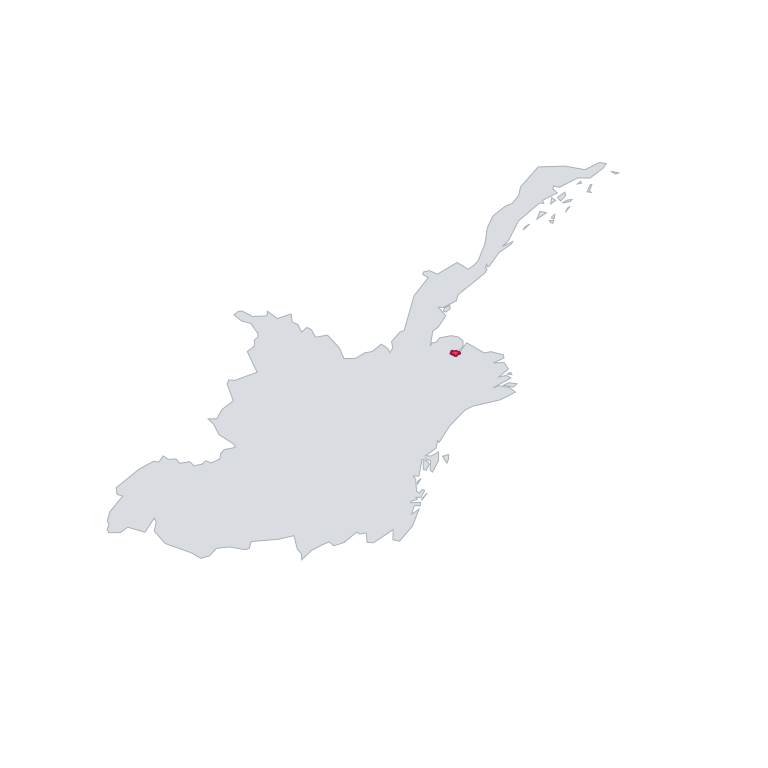 Yangon (East), Yangon, Myanmar (highlighted), rotated 237°
{"feature_id": "60261553B46723390806239", "entity_name": "Yangon (East)", "entity_type": "district", "adm_level": 2, "iso_a3": "MMR", "parent_name": "Myanmar", "parent_adm1": "Yangon", "projection": "orthographic", "projection_center": [96.224, 16.895], "detail": "fine", "context": "in_parent", "style": "filled", "palette": "rose", "viewbox_px": 768, "rotation_deg": 237, "n_neighbors": 0, "source": "geoboundaries", "source_scale": "gbopen_adm2", "svg_char_len": 5788}
<svg xmlns="http://www.w3.org/2000/svg" viewBox="0 0 768 768"><g transform="rotate(237 384 384)"><path d="M493.4,344.2L486.0,340.8L480.7,344.2L472.4,343.1L473.4,350.2L468.8,352.7L460.5,352.1L455.7,363.2L438.4,366.2L427.1,364.3L421.0,374.0L420.6,385.1L417.6,391.8L419.0,403.4L411.6,406.5L407.1,405.8L409.6,411.1L415.4,413.4L418.9,425.4L417.9,430.0L441.7,457.4L449.1,479.1L454.7,476.1L456.4,478.2L454.2,484.0L447.0,488.5L446.1,511.5L434.3,517.1L434.7,524.8L436.2,530.2L446.9,545.4L458.8,555.7L465.6,566.8L467.1,583.0L465.5,589.8L468.7,599.5L474.9,605.9L482.1,631.5L468.3,654.3L454.2,669.4L452.5,685.2L447.9,690.4L445.7,685.5L444.5,669.0L451.4,658.5L453.4,638.2L457.8,633.9L455.4,631.9L449.9,633.4L451.7,617.0L448.5,616.4L451.1,612.9L447.5,585.6L436.5,566.6L434.9,558.3L433.4,569.5L432.1,567.3L431.6,552.2L425.3,535.8L425.9,534.3L428.8,535.7L426.1,532.0L424.0,532.9L422.1,528.8L418.5,494.7L414.4,489.9L415.9,475.1L418.9,471.3L407.6,473.0L402.2,460.5L401.8,453.7L390.6,443.5L392.4,446.7L390.6,450.2L392.4,455.9L387.9,466.7L383.3,471.7L377.1,473.7L372.3,470.6L371.2,464.9L369.3,464.8L373.7,475.7L355.5,485.0L352.8,491.4L343.4,499.9L340.5,498.8L342.1,487.3L336.5,496.4L328.9,496.6L327.4,484.4L324.3,491.5L319.9,493.7L321.4,473.3L320.1,479.2L312.8,487.2L305.7,489.8L307.4,472.9L317.1,446.4L318.0,437.6L313.1,416.3L305.0,398.4L307.4,398.1L301.8,392.9L301.2,379.7L297.9,384.4L297.4,392.7L290.3,388.3L283.7,376.7L286.5,375.7L294.2,381.2L298.6,378.2L299.8,374.5L287.7,363.1L290.8,358.5L286.8,358.6L276.4,353.0L273.5,354.0L274.7,358.8L272.5,360.1L268.6,352.8L271.6,349.2L269.1,349.1L270.9,342.6L269.9,341.6L264.9,350.1L262.1,348.1L265.3,343.8L264.1,341.3L259.7,336.2L260.0,345.2L249.5,330.8L243.7,311.4L248.5,306.6L256.8,312.4L256.6,288.7L260.3,283.6L268.8,288.0L271.3,282.0L274.7,280.5L272.8,264.1L275.7,253.7L281.5,252.0L282.9,243.5L283.9,232.1L281.4,219.2L286.5,222.4L292.3,221.3L305.9,225.8L311.2,211.0L324.2,186.9L319.5,181.3L320.4,177.8L331.7,165.3L337.4,154.0L335.0,143.8L337.5,135.5L347.6,130.3L369.4,113.6L385.6,111.2L392.3,117.8L396.7,118.3L389.9,102.8L403.4,91.1L403.0,81.9L409.3,72.2L412.8,72.5L416.2,77.2L419.7,77.2L426.0,84.2L432.3,103.7L436.8,100.1L442.8,102.8L446.0,131.8L444.7,148.7L441.1,152.6L444.0,159.5L438.3,162.0L434.4,168.8L428.7,169.4L424.8,178.7L419.0,180.1L415.9,187.4L416.6,192.8L411.9,196.0L410.5,205.5L414.6,209.2L416.0,214.2L411.7,224.9L415.4,225.3L431.5,218.0L442.9,219.3L450.6,217.5L445.9,224.7L450.8,234.1L452.0,248.5L469.3,252.4L472.1,256.0L468.4,260.5L462.9,284.0L485.6,287.0L486.5,296.0L491.4,299.2L492.2,304.2L495.3,305.7L507.5,305.2L514.5,298.8L523.6,295.9L524.3,301.1L522.3,304.9L512.4,310.4L505.8,321.3L505.4,323.7L508.6,325.7L497.0,330.3L493.4,344.2ZM290.9,370.4L298.1,374.9L296.7,378.1L292.1,378.3L288.6,372.5L290.9,370.4ZM439.0,602.0L443.9,608.8L439.1,613.5L439.0,602.0ZM289.7,399.8L285.9,397.2L283.3,393.6L291.5,393.7L289.7,399.8ZM446.1,631.2L446.4,640.1L443.3,639.2L441.3,631.7L446.1,631.2ZM316.8,489.8L311.8,495.5L311.0,490.6L318.0,483.5L316.8,489.8ZM414.1,482.0L411.0,480.2L410.6,475.0L412.9,473.5L414.8,476.1L414.1,482.0ZM436.3,642.2L435.6,639.3L438.8,632.0L438.3,638.3L436.3,642.2ZM434.6,658.9L438.8,665.6L438.1,666.9L434.2,661.7L431.8,662.1L434.6,658.9ZM448.9,626.1L444.5,628.0L444.2,621.8L448.9,626.1ZM438.9,690.0L433.2,695.8L433.9,692.6L438.9,690.0ZM267.3,353.7L269.1,361.0L265.9,352.3L267.3,353.7ZM439.0,587.8L438.8,593.4L437.3,584.4L439.0,587.8ZM284.0,359.1L284.6,363.8L281.5,357.1L284.0,359.1ZM433.3,619.7L430.0,617.0L431.2,615.0L432.8,615.4L433.3,619.7ZM431.0,611.7L428.9,615.5L426.8,613.2L428.5,611.6L431.0,611.7ZM431.6,633.7L431.7,637.0L429.2,629.5L431.6,633.7ZM324.5,496.6L322.2,496.4L325.2,492.8L325.6,494.1L324.5,496.6ZM447.0,659.4L444.8,658.8L446.4,655.2L447.0,659.4Z" fill="#d9dde1" stroke="#a8b0b8" stroke-width="1"/><path d="M374.9,458.6L374.7,458.6L374.4,458.6L374.0,458.6L374.0,458.4L374.3,458.0L374.5,457.8L374.5,457.6L374.4,457.5L374.4,457.4L374.2,457.3L374.2,457.2L373.9,457.1L373.7,457.1L373.6,456.9L373.6,456.7L373.5,456.4L373.4,456.2L373.3,456.3L373.2,456.3L372.9,456.4L372.9,456.5L372.8,456.4L372.7,456.4L372.6,456.5L372.4,456.6L372.2,456.7L372.2,456.8L372.0,456.7L371.9,456.7L371.8,456.8L371.7,456.9L371.6,457.0L371.4,457.1L371.1,457.3L371.4,457.4L371.4,457.5L371.5,457.6L371.4,457.8L371.5,457.8L371.6,458.0L371.4,458.1L371.2,458.1L370.9,458.3L370.9,458.5L370.7,458.4L370.6,458.5L370.4,458.8L370.2,458.8L370.3,458.8L370.3,459.0L370.2,459.0L370.1,458.9L370.0,458.7L369.9,458.7L369.7,458.6L369.4,458.5L369.2,458.4L368.9,458.3L368.7,458.3L368.8,458.3L368.8,458.5L368.7,458.6L368.6,458.8L368.6,459.0L368.7,459.3L368.4,459.4L368.3,459.5L368.2,459.5L367.9,459.8L367.9,460.2L368.0,460.5L368.1,460.9L368.1,461.1L368.2,461.3L368.3,461.4L368.5,461.3L368.8,461.3L369.0,461.6L368.9,461.7L368.7,461.8L368.5,462.0L368.4,462.0L368.2,462.8L368.4,463.0L368.6,462.9L368.6,463.0L368.7,463.3L368.7,463.5L368.6,463.8L368.7,464.0L368.4,464.0L368.4,463.9L368.5,463.9L368.4,463.9L368.2,463.9L368.2,464.0L368.3,464.2L368.2,464.2L368.3,464.3L368.5,464.4L368.5,464.8L368.9,464.8L369.2,464.9L369.3,464.9L369.5,464.9L369.4,464.7L369.0,464.5L368.9,464.5L368.9,464.4L368.9,464.2L369.0,464.2L369.3,464.0L369.3,463.9L369.3,463.7L369.2,463.6L369.3,463.6L369.4,463.8L369.3,464.0L369.2,464.1L369.0,464.3L368.9,464.4L369.0,464.4L369.1,464.5L369.3,464.6L369.5,464.7L369.8,464.5L369.8,464.4L370.0,464.3L370.0,464.2L370.3,464.1L370.6,463.8L370.8,463.7L371.1,463.5L371.7,463.4L371.8,463.4L371.9,463.2L372.0,463.2L372.2,462.9L372.3,462.8L372.6,462.7L372.8,462.7L372.9,462.3L372.9,462.2L372.9,461.9L372.9,461.6L372.9,461.3L373.0,461.2L373.2,460.8L373.3,460.8L373.5,460.7L373.9,460.4L374.0,460.3L374.0,460.2L374.4,459.9L374.6,459.6L375.0,459.4L375.1,459.2L375.0,458.9L374.9,458.8L374.9,458.7L374.9,458.6Z" fill="#f43f5e" stroke="#9f1239" stroke-width="1.5"/></g></svg>